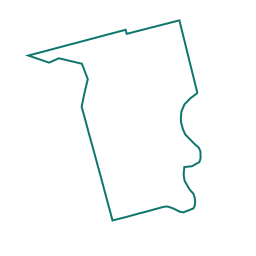 outline of Wyandotte, Kansas, United States of America, rotated 75°
{"feature_id": "52423323B35969743598572", "entity_name": "Wyandotte", "entity_type": "district", "adm_level": 2, "iso_a3": "USA", "parent_name": "United States of America", "parent_adm1": "Kansas", "projection": "robinson", "projection_center": [-94.709, 39.097], "detail": "fine", "context": "isolated", "style": "outline", "palette": "teal", "viewbox_px": 256, "rotation_deg": 75, "n_neighbors": 0, "source": "geoboundaries", "source_scale": "gbopen_adm2", "svg_char_len": 809}
<svg xmlns="http://www.w3.org/2000/svg" viewBox="0 0 256 256"><g transform="rotate(75 128 128)"><path d="M213.3,166.9L213.3,166.5L213.5,151.1L213.4,139.3L213.5,133.5L213.4,116.1L213.6,111.7L214.4,109.6L217.5,105.0L222.3,99.6L223.8,96.3L222.6,85.6L220.2,83.6L216.7,82.2L212.5,81.6L208.3,81.9L203.4,84.4L193.7,87.0L187.3,86.3L180.3,83.7L181.5,76.0L180.4,71.8L179.4,67.9L176.2,65.8L169.5,64.1L165.4,64.7L159.9,68.3L149.2,74.3L143.5,75.3L135.7,75.2L132.5,74.5L126.2,72.3L119.8,67.4L115.4,60.0L112.3,52.2L110.8,51.9L37.4,50.5L37.3,51.2L36.7,104.9L32.5,104.9L32.2,205.5L44.4,187.4L42.8,176.7L54.0,155.9L70.4,154.2L84.5,161.8L95.6,167.3L104.1,167.2L109.8,167.2L121.0,167.2L122.4,167.2L140.6,167.0L154.5,167.0L165.8,166.9L177.1,166.9L184.1,166.9L213.3,166.9Z" fill="none" stroke="#0f766e" stroke-width="2"/></g></svg>